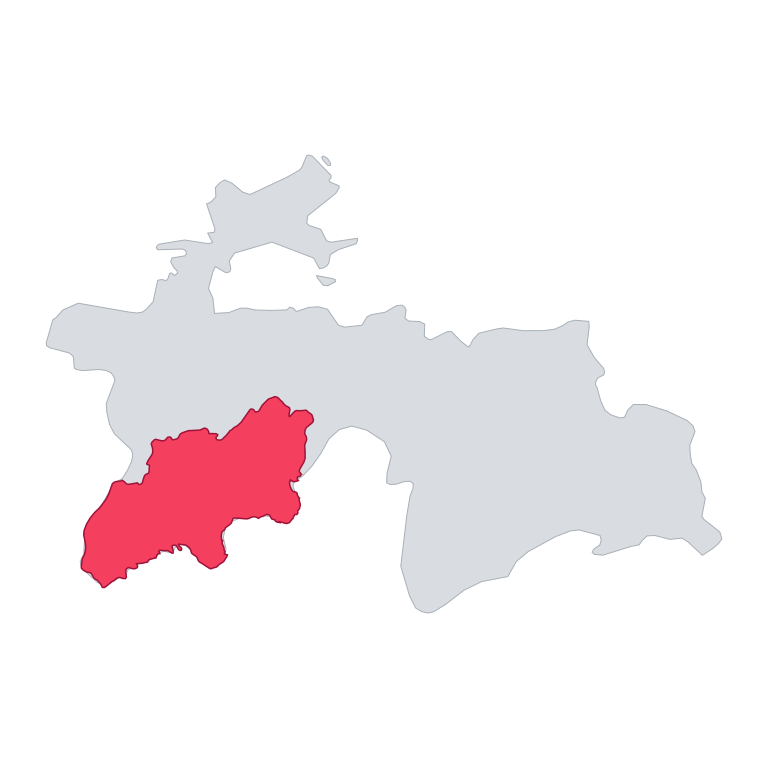 Khatlon on a map of Tajikistan (Robinson projection)
{"feature_id": "TJK-367", "entity_name": "Khatlon", "entity_type": "Region", "adm_level": 1, "iso_a3": "TJK", "parent_name": "Tajikistan", "parent_adm1": "", "projection": "robinson", "projection_center": [69.268, 37.83], "detail": "fine", "context": "in_parent", "style": "filled", "palette": "rose", "viewbox_px": 768, "rotation_deg": 0, "n_neighbors": 0, "source": "natural_earth", "source_scale": "10m", "svg_char_len": 9017}
<svg xmlns="http://www.w3.org/2000/svg" viewBox="0 0 768 768"><path d="M80.2,561.5L83.7,553.8L85.2,528.3L89.6,519.5L102.5,503.6L109.2,491.6L116.8,481.8L122.2,478.5L127.3,470.7L131.4,461.9L132.6,456.3L132.2,452.0L130.7,449.1L114.4,433.8L109.5,424.3L106.8,412.1L106.2,403.6L115.0,380.3L113.6,376.4L111.1,372.8L106.0,370.5L98.7,369.5L82.1,370.6L75.7,369.3L74.2,367.9L73.5,357.2L71.8,354.9L69.1,352.9L50.4,348.0L46.8,345.9L46.1,343.2L52.9,319.6L55.8,317.9L63.0,309.9L78.2,303.2L128.6,312.0L136.9,313.0L142.4,312.1L146.2,309.4L153.1,301.8L157.7,280.3L161.8,279.5L166.0,280.6L168.0,278.5L169.7,273.4L171.4,272.9L174.4,275.5L177.5,273.0L177.1,270.9L173.7,267.4L170.7,261.9L172.0,258.0L185.0,255.8L186.4,253.9L185.9,250.8L182.5,249.0L157.8,249.8L156.3,247.9L157.1,245.8L158.9,244.2L184.7,240.0L208.5,243.7L212.5,242.6L207.7,233.1L214.2,232.3L215.0,229.0L206.6,204.0L211.2,201.8L215.8,196.9L215.5,187.5L219.6,183.0L224.4,179.9L231.7,183.0L242.8,192.2L250.1,194.5L286.4,177.5L299.7,170.0L302.0,167.1L306.5,155.8L309.0,155.0L312.4,156.2L331.0,175.4L331.0,178.0L329.1,179.9L329.5,181.8L339.1,185.9L339.1,187.8L335.8,193.3L307.7,215.8L306.8,223.1L309.1,225.5L320.7,229.3L326.7,240.9L331.1,242.2L357.3,238.3L357.6,240.2L356.3,243.7L338.5,249.6L330.4,254.5L328.7,263.4L326.6,266.0L322.9,268.1L319.4,268.6L313.8,258.1L272.0,242.1L234.5,253.1L229.2,261.1L230.8,268.5L229.9,271.7L226.0,272.8L215.3,266.6L212.8,272.0L208.5,288.5L213.0,298.5L214.5,313.4L228.8,312.6L240.5,308.2L246.3,308.1L255.4,310.0L271.3,310.4L286.9,309.9L289.8,307.1L293.1,308.1L296.2,311.5L308.9,307.4L318.3,306.8L327.5,309.2L338.4,325.2L344.2,327.1L361.9,325.3L367.1,316.7L371.6,314.6L385.0,312.3L396.3,305.7L402.0,305.1L404.8,307.3L406.1,310.3L404.9,318.2L408.6,321.0L419.6,321.6L424.7,324.1L424.3,336.4L428.9,339.4L431.2,339.7L447.2,331.7L451.6,331.6L460.8,341.2L468.0,346.9L469.7,346.0L472.8,339.9L478.9,333.2L496.6,329.0L503.2,328.0L523.3,330.7L543.8,330.6L554.6,329.2L563.3,325.3L567.7,322.1L574.8,320.2L588.7,321.4L589.2,326.9L587.0,344.6L594.4,357.7L603.7,368.5L604.6,372.1L603.7,374.9L598.2,377.7L596.2,380.7L595.3,384.1L597.2,388.0L600.6,400.5L604.9,410.2L610.9,414.8L619.7,417.9L624.5,417.3L627.8,410.0L633.4,404.5L646.1,404.6L666.7,410.9L686.9,420.4L692.9,425.7L695.0,431.6L689.8,445.2L690.2,454.0L691.7,463.3L696.4,470.2L700.9,482.0L701.9,491.9L705.3,498.2L701.9,516.3L703.8,519.3L719.9,532.1L721.9,539.0L718.6,543.4L712.5,548.7L702.4,555.3L688.1,542.0L681.9,538.1L670.1,539.4L654.8,535.5L647.0,535.9L642.2,540.4L639.1,544.9L631.3,546.3L602.8,555.2L594.4,554.4L592.1,552.1L593.9,549.0L599.9,544.9L601.2,540.1L600.0,535.5L579.0,529.9L570.5,530.9L555.6,536.6L528.3,551.5L516.3,561.5L507.8,576.6L481.8,581.5L464.0,590.2L445.7,604.3L433.5,611.9L427.5,613.0L421.6,611.6L415.6,607.9L409.6,596.0L400.8,566.2L406.7,516.1L410.1,495.8L413.0,488.5L413.2,483.7L410.5,481.3L404.9,481.4L396.4,484.1L390.4,484.6L386.7,482.8L387.0,473.4L391.2,456.3L384.5,441.8L366.7,430.1L351.6,426.1L339.3,429.6L328.9,438.9L320.5,454.0L311.8,466.3L302.8,475.8L294.2,482.2L292.9,486.2L297.8,499.0L297.5,509.6L292.1,518.3L286.1,522.4L279.6,522.0L274.4,520.0L270.5,516.4L260.1,515.4L243.1,517.0L231.4,521.4L225.2,528.4L223.3,537.6L226.0,549.0L224.7,557.8L215.0,567.4L211.6,568.3L204.2,563.0L192.9,551.6L185.1,545.4L180.8,544.5L175.9,546.3L173.2,551.1L169.5,552.5L164.4,551.4L159.7,552.4L156.9,556.0L149.0,560.3L135.0,565.2L127.4,570.4L126.1,575.9L124.0,578.3L119.7,577.4L107.1,585.0L97.5,582.6L86.8,572.9L80.8,564.9L80.2,561.5ZM335.5,281.7L327.8,285.8L323.3,285.3L317.2,277.7L316.6,275.6L332.2,278.5L335.2,279.5L335.5,281.7ZM330.6,165.3L328.0,165.5L323.3,160.6L321.7,157.1L323.6,156.1L327.6,158.5L330.3,162.8L330.6,165.3Z" fill="#d9dde1" stroke="#a8b0b8" stroke-width="1"/><path d="M82.1,559.8L82.5,558.2L84.2,555.1L85.2,551.5L85.7,547.7L85.4,543.3L83.7,534.9L84.1,530.5L86.6,524.0L90.3,517.8L94.8,512.3L99.5,508.0L105.9,499.5L108.5,494.6L112.3,483.9L113.8,482.4L116.5,481.5L120.6,481.0L121.9,480.6L122.3,480.3L124.7,482.0L125.6,483.0L126.8,484.1L129.0,484.3L135.6,483.2L137.3,482.8L137.6,483.1L138.0,483.5L138.2,483.9L138.5,484.3L138.9,484.5L139.5,484.4L141.1,484.0L141.7,483.7L142.2,483.0L143.6,478.2L144.4,476.0L145.6,474.5L148.3,473.3L148.7,472.9L148.9,472.2L149.2,470.2L149.2,467.8L149.5,465.9L149.4,465.3L149.0,465.0L147.7,464.6L147.1,464.4L146.8,464.0L146.8,463.4L147.0,462.9L148.4,460.1L152.1,454.4L152.3,453.7L152.5,453.1L152.7,451.8L152.7,450.6L152.6,448.9L152.4,447.8L151.3,444.2L151.3,443.7L151.5,443.1L151.8,442.5L153.1,441.0L154.7,439.6L155.4,439.4L156.2,439.4L159.4,440.3L162.3,440.8L163.0,440.8L163.8,440.7L165.0,440.1L165.6,439.7L166.1,439.2L167.1,437.8L167.5,437.4L168.0,437.2L168.7,437.0L169.6,437.0L170.3,437.2L170.9,437.5L172.3,439.6L173.2,439.8L176.5,439.0L177.1,438.7L177.7,438.4L178.3,437.5L178.7,436.9L179.9,434.6L180.2,434.2L180.6,433.8L182.3,432.8L188.2,430.7L200.0,430.1L204.0,428.2L204.4,428.2L204.9,428.2L205.5,428.3L206.2,428.6L206.9,429.0L207.4,429.5L207.7,429.9L208.3,430.7L208.5,431.2L208.6,431.5L208.9,433.5L216.0,433.7L216.8,434.1L217.7,434.6L217.7,435.2L217.5,435.6L217.2,436.1L216.4,436.9L216.0,437.4L215.9,438.0L216.4,439.2L216.9,439.7L217.7,440.0L218.6,440.0L220.2,440.1L221.1,439.9L221.7,439.6L222.7,438.9L223.8,437.7L225.5,436.1L227.1,434.5L227.6,433.6L228.0,433.1L228.4,432.8L228.8,432.4L229.6,431.0L230.0,430.7L231.7,429.8L232.0,429.5L232.7,428.8L233.0,428.4L235.1,427.0L237.4,425.7L241.2,422.2L242.1,420.9L250.0,409.7L250.5,409.3L251.1,409.0L252.3,409.1L252.9,409.3L253.4,409.5L253.8,409.9L254.4,410.7L254.6,411.2L254.9,411.6L255.5,411.9L256.2,412.0L257.8,411.5L258.6,411.1L259.1,410.6L262.3,405.1L267.5,399.9L268.3,399.2L268.8,398.9L272.8,397.5L274.2,396.8L275.3,396.7L276.9,397.2L278.2,397.8L278.9,398.6L279.6,399.4L282.7,402.3L283.7,403.8L285.7,405.7L288.0,406.9L289.3,407.6L289.9,409.2L289.8,410.5L289.3,412.9L289.0,415.5L289.3,416.4L289.6,416.6L290.0,416.3L292.5,413.5L294.8,411.3L295.2,411.0L295.9,410.7L296.8,410.6L300.9,410.7L306.0,410.2L306.6,410.5L307.0,410.8L307.2,411.1L307.7,411.7L311.2,414.2L311.6,414.6L311.9,415.0L312.1,415.5L312.5,416.5L312.9,418.2L313.5,419.8L313.2,421.4L312.2,422.8L306.3,427.6L305.1,430.1L304.8,432.4L304.8,433.7L305.0,434.5L305.6,435.3L305.9,436.0L306.3,436.9L306.6,438.7L306.6,439.7L306.4,440.5L305.4,443.0L304.7,445.5L304.7,446.4L304.7,447.2L304.9,448.8L305.1,451.9L305.1,457.8L304.9,459.0L303.9,462.1L300.3,468.3L299.3,470.5L299.4,471.7L300.0,472.5L301.5,474.4L301.1,474.6L300.6,475.2L300.2,476.1L299.2,476.5L298.2,476.7L297.6,477.0L297.3,478.0L297.3,478.9L297.6,479.8L298.3,480.6L296.3,481.3L294.2,481.7L292.3,481.3L290.5,479.9L289.5,482.6L289.9,485.8L291.2,488.9L292.6,491.1L293.6,491.6L296.5,492.4L297.1,493.3L297.3,494.8L297.9,496.2L298.7,497.3L299.5,498.0L299.1,499.3L299.3,500.7L300.2,503.8L300.3,505.3L300.0,506.3L299.7,507.1L299.6,508.4L298.5,510.0L298.1,510.3L297.7,510.6L297.7,511.5L297.9,512.5L297.8,513.2L297.3,513.9L297.1,514.2L296.6,514.6L296.3,514.5L294.7,514.6L293.2,517.7L293.0,518.6L292.4,518.9L289.4,522.6L286.9,523.5L284.3,523.1L281.7,522.2L279.3,521.8L279.8,522.6L277.1,522.1L276.3,521.8L276.0,521.5L275.5,521.1L275.2,520.4L274.7,519.8L273.6,519.6L271.8,519.0L270.8,517.5L270.0,515.8L268.6,514.6L266.5,514.5L262.9,516.3L261.1,516.8L260.2,517.1L259.3,517.9L258.4,518.4L257.5,517.9L256.9,517.4L254.9,516.8L254.3,516.8L252.1,517.0L248.4,518.6L246.5,518.9L234.6,517.9L232.9,518.6L231.4,523.0L229.5,524.8L225.6,527.6L225.3,528.1L224.8,529.3L224.4,529.8L223.8,530.4L222.5,531.3L222.1,531.9L221.5,533.6L221.3,535.5L221.4,539.5L221.6,539.9L222.4,540.1L222.6,540.6L222.6,541.2L222.4,541.3L222.2,541.4L222.1,541.7L222.1,542.7L222.2,543.7L222.5,544.6L222.9,545.3L223.7,546.9L224.3,550.5L225.0,551.5L224.3,553.8L225.8,554.4L227.4,554.8L227.1,556.1L224.1,561.0L222.7,562.3L219.1,564.5L217.7,566.1L216.8,566.9L215.8,567.3L215.4,567.4L213.4,567.8L211.7,568.6L210.0,568.7L201.7,563.3L201.2,563.1L199.3,561.8L198.5,561.0L196.9,557.2L195.4,555.9L193.4,554.7L191.6,553.2L190.4,549.3L189.0,547.5L187.2,545.9L185.5,545.0L179.6,544.3L179.3,544.1L178.8,544.0L178.5,544.4L179.0,545.6L179.5,546.3L180.9,547.3L181.4,547.8L181.7,549.3L181.2,550.3L180.2,550.5L179.0,549.9L177.8,548.5L177.0,546.8L176.0,545.4L174.2,545.0L172.3,545.6L172.0,546.8L173.0,549.9L173.2,552.2L172.9,553.2L171.8,553.1L168.6,551.1L167.6,550.7L166.4,550.6L164.6,550.7L161.2,550.3L159.7,550.3L158.7,551.5L159.1,551.9L159.3,552.3L159.9,553.6L157.9,553.9L156.8,555.4L156.3,557.1L156.0,557.9L154.4,558.2L151.1,559.1L149.4,559.4L149.0,559.8L147.7,561.9L147.0,562.3L146.1,562.4L141.9,563.3L136.5,563.7L137.7,566.2L137.1,567.7L135.4,568.6L133.2,568.8L131.4,568.4L129.7,567.8L128.1,567.6L126.4,568.8L125.7,570.5L125.8,572.7L126.4,577.1L125.4,578.6L123.3,578.6L119.7,577.4L117.5,577.8L115.8,579.0L114.4,580.4L112.8,581.1L111.7,581.8L105.9,586.6L105.0,587.1L104.0,587.6L103.3,587.5L102.9,587.5L102.1,587.0L101.7,586.2L101.3,585.2L100.8,584.3L97.8,580.7L97.1,580.1L95.0,579.0L94.1,578.2L92.7,576.1L91.8,574.2L90.6,572.9L86.6,572.0L84.5,570.9L82.5,569.5L81.4,568.1L81.3,566.5L82.1,559.8Z" fill="#f43f5e" stroke="#9f1239" stroke-width="1.5"/></svg>